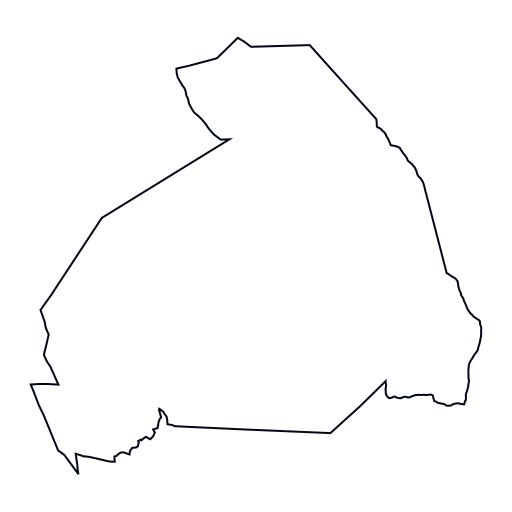 the district of Ocotepec, Chiapas, Mexico
{"feature_id": "50627088B68373629455752", "entity_name": "Ocotepec", "entity_type": "district", "adm_level": 2, "iso_a3": "MEX", "parent_name": "Mexico", "parent_adm1": "Chiapas", "projection": "natural_earth1", "projection_center": [-93.158, 17.224], "detail": "fine", "context": "isolated", "style": "outline", "palette": "ink", "viewbox_px": 512, "rotation_deg": 0, "n_neighbors": 0, "source": "geoboundaries", "source_scale": "gbopen_adm2", "svg_char_len": 4128}
<svg xmlns="http://www.w3.org/2000/svg" viewBox="0 0 512 512"><path d="M324.3,61.4L309.7,45.1L251.0,46.8L244.0,41.5L237.8,37.8L217.1,58.1L215.1,58.8L187.9,66.0L176.4,68.6L176.7,73.3L177.7,77.4L179.8,81.1L182.8,86.2L184.2,87.7L185.6,91.2L186.4,95.7L187.8,98.2L189.1,103.8L191.6,108.5L194.1,112.5L196.7,114.6L198.5,116.1L201.7,119.3L205.9,124.2L207.3,126.6L210.2,130.4L214.2,134.7L220.7,139.6L229.4,139.3L101.8,217.9L51.1,295.1L43.6,305.6L40.5,310.0L44.7,321.8L45.8,328.0L48.7,334.5L46.2,345.4L44.2,353.2L44.0,355.3L47.1,361.8L50.4,366.7L58.4,384.6L52.5,384.3L47.8,384.0L39.1,384.0L30.7,384.5L33.7,391.7L38.7,404.9L44.0,415.9L50.3,431.3L58.1,450.4L64.5,455.1L78.4,474.2L78.3,473.6L77.7,469.7L77.3,464.7L77.2,464.0L76.9,462.4L75.7,453.8L80.2,455.1L83.3,456.3L85.2,456.4L88.4,456.8L90.8,457.2L93.3,457.8L94.9,458.1L95.3,458.2L107.2,461.0L109.7,461.5L111.6,461.7L113.9,461.7L114.7,461.7L114.4,456.5L116.5,455.9L118.2,454.3L120.6,452.6L123.5,452.3L129.5,454.5L130.0,450.9L132.2,447.9L135.1,447.6L136.3,447.4L137.8,446.3L138.8,442.2L138.2,441.0L140.8,439.7L141.5,440.3L143.3,438.5L144.1,438.2L145.5,437.0L146.6,437.1L148.9,438.6L150.3,439.2L151.9,437.5L153.1,436.4L154.2,433.9L154.9,432.3L154.4,431.9L153.1,429.5L155.7,428.6L157.6,428.1L158.6,421.9L159.8,418.8L161.2,417.4L159.0,410.0L159.3,408.8L163.5,412.0L164.2,413.5L165.5,415.2L166.5,416.6L167.2,419.8L167.4,422.7L167.5,424.2L169.3,424.6L172.0,424.9L174.5,426.2L243.1,429.4L330.4,433.1L359.8,406.5L385.6,381.2L385.5,382.7L386.0,383.8L386.1,385.2L385.8,387.8L385.5,389.2L385.8,391.5L385.8,393.5L386.0,394.2L386.6,395.5L387.6,396.9L388.7,397.7L389.2,398.2L391.3,397.8L391.9,397.7L393.1,396.9L393.7,396.7L394.5,396.5L395.4,396.8L396.2,397.5L397.2,397.6L398.3,397.9L398.6,398.1L400.0,398.2L400.4,398.3L401.9,397.7L403.5,397.0L404.5,396.9L405.6,396.8L406.9,397.0L407.6,397.5L409.5,397.4L411.0,396.6L412.1,396.3L413.6,395.6L415.9,395.0L416.7,395.0L417.2,395.0L417.4,394.9L419.8,394.9L421.1,395.0L422.7,394.9L423.5,394.7L426.4,395.1L427.6,394.9L428.8,394.8L430.7,394.5L432.2,395.2L432.6,395.2L433.2,396.5L433.3,397.8L433.9,399.9L434.0,400.3L434.2,400.7L434.3,401.0L435.4,401.4L436.8,402.1L437.9,402.8L438.7,403.1L440.7,403.4L442.8,403.8L444.4,404.2L446.3,405.6L447.3,405.7L450.9,405.6L452.8,404.3L455.7,403.5L457.1,403.4L458.4,403.3L460.4,403.8L461.3,404.0L462.3,404.2L462.5,404.2L464.2,404.3L464.8,402.0L465.0,401.2L465.9,400.0L465.9,397.5L465.9,396.7L465.8,395.5L465.8,395.4L466.0,393.8L466.8,391.7L467.9,387.7L468.3,385.9L468.2,385.8L469.0,380.9L468.5,378.3L468.5,378.0L468.4,369.6L468.7,367.5L468.7,365.7L469.2,363.9L470.3,361.3L471.9,358.9L472.5,358.0L474.4,354.6L475.1,353.9L475.9,352.7L476.6,351.9L477.8,349.9L478.7,346.0L479.4,343.9L479.8,342.2L480.7,337.9L481.0,336.2L481.2,333.7L481.1,332.4L481.1,330.8L481.3,327.8L480.0,323.9L479.9,321.3L478.7,319.9L477.2,319.1L476.5,318.6L474.1,317.0L473.4,316.4L473.1,315.9L472.1,314.7L471.1,314.1L470.8,313.6L469.8,312.5L469.0,311.3L467.8,309.8L466.2,305.9L465.3,303.6L463.9,300.8L463.4,298.6L461.8,296.3L461.1,295.0L460.9,293.3L459.7,290.8L459.0,288.9L458.6,287.5L458.1,284.4L457.6,281.2L456.3,279.6L455.7,278.8L453.5,277.3L451.6,276.4L447.7,273.5L447.0,273.4L446.7,273.2L426.1,193.6L425.7,192.3L425.2,190.2L425.1,189.9L424.1,185.6L423.0,182.1L420.8,178.7L418.1,175.9L417.6,175.0L417.2,173.8L416.6,171.6L416.0,170.1L415.4,168.8L414.8,167.6L414.0,166.6L413.7,166.2L411.6,163.8L410.8,163.2L409.7,162.2L408.5,161.3L407.8,160.5L407.6,160.1L407.3,159.6L407.0,158.3L406.1,157.1L405.3,155.6L404.6,154.9L403.9,154.1L402.3,151.9L401.7,151.1L401.4,150.3L400.9,150.1L399.8,147.8L397.9,147.0L397.4,146.6L395.3,146.1L395.1,146.1L394.0,145.8L393.2,145.6L392.2,145.5L390.9,145.2L390.6,145.0L390.3,144.2L390.1,143.5L390.0,143.2L389.7,142.7L389.3,141.4L389.1,141.1L388.7,140.6L388.7,140.2L387.9,138.4L386.9,137.1L386.3,136.0L385.8,134.6L385.7,134.5L385.6,134.2L385.2,133.4L384.4,132.5L384.3,132.3L383.5,131.7L383.4,131.5L382.6,130.8L382.2,130.6L381.2,129.3L380.7,128.8L380.2,128.5L379.5,128.2L379.1,127.9L378.5,127.5L377.6,127.3L377.4,127.3L376.9,126.0L376.7,125.5L376.8,123.7L376.4,119.3L324.3,61.4Z" fill="none" stroke="#020617" stroke-width="2"/></svg>